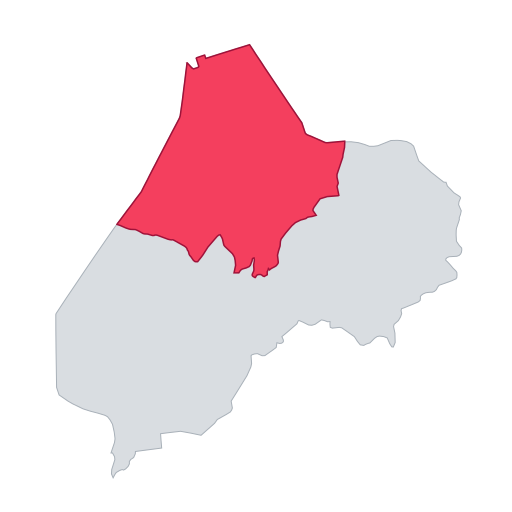 Al-Anbar on a map of Iraq (Albers equal-area conic projection), rotated 86°
{"feature_id": "IRQ-3471", "entity_name": "Al-Anbar", "entity_type": "Province", "adm_level": 1, "iso_a3": "IRQ", "parent_name": "Iraq", "parent_adm1": "", "projection": "albers", "projection_center": [42.195, 32.855], "detail": "fine", "context": "in_parent", "style": "filled", "palette": "rose", "viewbox_px": 512, "rotation_deg": 86, "n_neighbors": 0, "source": "natural_earth", "source_scale": "10m", "svg_char_len": 5611}
<svg xmlns="http://www.w3.org/2000/svg" viewBox="0 0 512 512"><g transform="rotate(86 256 256)"><path d="M195.7,61.3L199.6,60.2L206.8,54.1L211.1,48.4L212.4,47.9L216.2,49.8L219.0,50.3L225.2,48.1L229.0,49.2L232.1,50.6L233.9,50.6L242.4,54.1L244.5,54.5L248.8,54.9L255.3,55.0L259.5,52.6L262.4,50.3L264.4,50.3L266.5,50.8L268.2,51.7L269.6,53.4L270.3,55.7L270.2,63.4L270.9,65.4L272.1,66.8L273.5,67.0L275.3,65.3L278.3,62.9L282.0,60.2L284.8,57.7L286.4,56.8L289.0,56.8L291.5,57.2L292.9,58.3L292.9,58.7L294.3,62.2L298.0,75.5L299.9,77.1L302.2,78.5L303.7,80.4L304.4,82.4L304.3,85.5L304.5,89.1L305.4,91.8L306.7,93.9L307.9,94.9L309.7,94.9L311.8,95.4L313.2,97.4L318.2,112.5L318.7,114.5L320.6,115.1L323.7,114.7L326.9,116.1L330.4,118.5L333.8,123.0L336.0,123.7L342.7,122.8L352.0,123.2L356.4,125.4L356.1,126.9L352.8,128.7L346.9,130.8L345.3,134.2L344.5,138.4L344.8,140.8L346.3,143.4L350.7,148.5L351.0,150.3L351.8,152.9L352.7,154.7L351.9,158.2L348.2,160.8L343.3,163.5L333.6,175.5L333.0,178.0L333.3,184.9L332.3,186.9L329.1,187.0L326.6,186.7L326.6,189.1L325.1,192.4L324.3,195.2L328.2,201.7L329.0,205.1L328.5,208.3L325.2,213.9L323.3,217.7L323.8,218.5L326.5,219.9L335.3,231.7L338.2,235.8L341.7,234.6L343.0,234.6L344.1,235.3L344.8,236.7L344.9,238.5L344.0,241.2L348.6,242.2L350.4,244.9L356.0,254.1L355.9,256.9L353.5,261.4L353.6,264.3L354.3,267.0L355.1,267.9L363.0,267.9L366.4,268.9L374.8,273.4L384.4,280.3L392.3,286.0L399.0,290.9L406.0,290.2L407.9,291.0L409.8,292.5L412.0,296.7L416.4,306.0L420.0,309.0L425.7,316.4L431.0,323.3L428.2,333.2L425.6,343.5L426.2,356.6L426.6,363.6L433.4,363.6L441.0,363.5L441.5,371.9L442.0,380.3L442.6,389.9L444.9,390.2L448.5,392.1L450.2,395.1L452.2,396.7L454.5,396.8L456.9,398.2L459.3,400.9L460.3,403.0L459.7,404.4L460.4,406.9L462.2,410.5L464.2,412.1L467.3,414.0L463.3,415.4L458.9,414.8L449.3,411.0L446.3,411.1L442.5,412.9L442.4,414.4L432.3,410.2L428.7,409.4L427.4,409.4L421.8,409.7L413.8,410.9L409.2,413.1L406.0,415.3L404.6,417.4L404.1,418.5L401.8,424.5L399.2,432.2L396.4,439.2L390.8,449.0L387.7,453.6L380.9,462.1L373.2,464.1L355.2,463.1L335.2,462.0L315.3,460.8L300.5,459.8L299.4,459.4L284.5,448.0L272.9,438.9L258.3,427.5L243.6,415.9L228.7,404.0L217.9,395.3L204.9,384.1L193.1,373.9L183.9,365.8L172.0,358.7L162.7,353.2L149.3,345.0L138.6,338.5L129.5,332.9L115.4,324.2L110.8,321.8L96.2,318.7L82.4,316.0L68.1,313.1L58.6,311.2L65.1,305.3L63.3,299.9L58.7,300.7L54.4,301.9L52.1,293.4L55.4,292.4L52.7,281.4L50.0,269.9L47.4,258.9L44.7,247.6L56.9,240.9L65.9,235.7L78.6,228.6L90.7,221.6L102.3,215.0L114.9,207.6L126.2,201.0L136.5,198.4L138.7,196.3L143.5,187.1L147.5,179.2L147.7,177.3L147.9,166.1L148.7,153.0L150.1,145.9L152.4,139.7L154.5,135.2L154.8,131.0L154.5,126.7L152.4,120.1L150.2,113.3L150.5,106.8L151.0,103.3L152.4,97.7L154.8,93.6L157.4,91.1L166.9,88.6L172.5,87.0L180.1,79.8L184.6,75.5L190.8,68.7L195.3,63.7L195.7,61.9L195.7,61.3Z" fill="#d9dde1" stroke="#a8b0b8" stroke-width="1"/><path d="M96.2,318.7L92.8,318.0L84.4,316.4L76.0,314.7L67.5,313.1L59.1,311.4L58.9,311.4L58.7,311.5L58.6,311.1L63.9,306.9L65.0,305.3L64.2,301.9L63.6,300.3L62.8,299.8L54.6,301.8L54.2,301.5L53.9,300.7L52.0,293.4L52.0,293.2L55.4,292.3L52.8,281.6L51.0,274.1L49.3,266.9L48.0,261.5L46.5,254.9L44.8,247.7L49.5,245.0L54.3,242.4L59.0,239.7L63.7,237.0L68.5,234.4L73.2,231.7L77.9,229.0L82.6,226.3L87.3,223.6L92.0,220.9L96.7,218.2L101.4,215.5L104.4,213.8L106.1,212.8L110.8,210.1L115.4,207.4L120.1,204.7L126.3,201.0L136.6,198.4L137.8,197.6L138.8,196.3L140.3,193.0L147.6,179.2L147.9,178.0L148.0,176.6L147.8,167.8L147.6,159.5L148.5,159.5L153.8,160.1L160.8,162.1L163.6,162.6L174.9,167.3L180.3,169.5L183.0,169.7L188.9,168.9L189.6,169.1L191.1,169.8L192.3,170.3L201.3,169.1L201.6,169.8L201.7,180.8L203.4,188.1L211.5,194.8L213.3,195.8L214.7,196.0L219.6,193.1L220.5,197.4L220.7,200.5L221.0,202.0L222.1,203.6L222.7,206.3L223.2,208.9L225.4,214.3L228.3,218.1L235.1,224.8L240.9,229.8L243.2,230.6L247.7,231.3L252.9,233.3L256.7,234.5L263.8,234.2L265.0,234.6L266.5,235.9L267.2,236.6L268.0,238.1L269.4,241.3L270.3,242.9L270.8,243.4L269.4,244.5L270.9,245.0L272.4,245.9L275.5,246.1L276.8,248.8L277.0,249.0L277.0,249.3L276.6,250.3L275.3,251.7L274.8,252.7L274.7,253.7L274.7,254.8L274.9,255.8L275.4,256.7L275.9,257.1L277.0,257.8L277.5,258.4L276.3,260.2L275.6,260.9L274.7,261.2L273.7,260.9L271.0,259.4L269.9,259.1L268.9,259.0L264.9,259.0L261.1,258.1L259.2,257.9L257.8,258.1L258.0,259.1L258.6,259.8L260.7,260.3L264.8,262.3L266.1,263.6L267.2,266.6L268.0,270.4L268.6,271.7L269.8,273.0L271.6,274.3L271.3,279.1L263.9,277.0L259.1,277.1L255.5,277.6L252.1,279.3L244.3,286.4L243.1,287.2L242.7,287.3L241.8,287.5L236.6,288.3L234.6,289.1L232.3,290.3L232.6,291.8L233.7,293.4L243.8,303.4L251.0,308.7L253.0,310.4L257.6,314.6L257.6,315.6L257.4,317.1L256.6,318.1L255.9,318.8L252.0,321.1L250.9,322.0L250.3,322.3L249.6,322.6L246.9,323.1L246.4,323.3L245.1,324.1L244.8,324.2L243.9,324.3L243.2,324.7L242.4,325.3L241.2,326.6L234.6,336.7L234.0,337.8L234.0,339.4L233.7,340.8L233.1,342.7L228.6,352.6L228.2,353.8L228.1,354.7L228.1,355.3L228.2,355.8L228.4,356.1L228.4,356.9L228.3,358.0L226.6,362.5L226.5,363.1L226.2,365.6L225.9,366.6L225.6,367.3L223.2,370.8L221.7,373.4L221.4,374.1L221.2,374.6L220.7,379.1L220.2,380.9L218.9,384.0L216.1,389.3L215.0,392.0L214.7,392.5L213.8,391.8L209.7,388.2L205.6,384.7L201.4,381.1L197.8,377.9L194.1,374.7L190.4,371.6L186.8,368.4L183.9,365.9L180.0,363.6L176.2,361.3L172.5,359.0L168.7,356.8L164.9,354.5L161.1,352.2L157.4,349.9L153.6,347.6L149.8,345.3L146.1,343.0L142.3,340.7L138.6,338.4L134.8,336.1L131.1,333.8L127.3,331.5L123.6,329.2L119.9,326.9L115.5,324.2L113.1,322.7L110.8,321.8L96.3,318.7L96.2,318.7Z" fill="#f43f5e" stroke="#9f1239" stroke-width="1.5"/></g></svg>